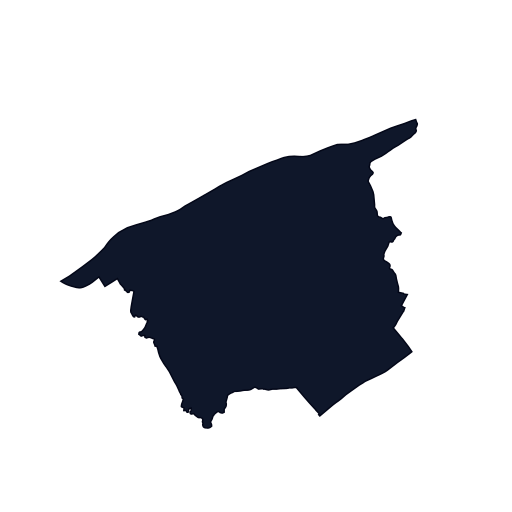 outline of Cau Ke, Trà Vinh, Vietnam, rotated 108°
{"feature_id": "81297802B65507223487475", "entity_name": "Cau Ke", "entity_type": "district", "adm_level": 2, "iso_a3": "VNM", "parent_name": "Vietnam", "parent_adm1": "Trà Vinh", "projection": "mercator", "projection_center": [106.099, 9.855], "detail": "fine", "context": "isolated", "style": "filled", "palette": "ink", "viewbox_px": 512, "rotation_deg": 108, "n_neighbors": 0, "source": "geoboundaries", "source_scale": "gbopen_adm2", "svg_char_len": 6076}
<svg xmlns="http://www.w3.org/2000/svg" viewBox="0 0 512 512"><g transform="rotate(108 256 256)"><path d="M342.5,114.3L341.4,113.4L336.8,108.4L334.2,105.7L328.5,99.7L326.0,97.3L323.8,95.6L313.7,88.7L306.5,83.4L298.9,78.2L295.1,83.1L289.6,91.1L288.9,92.4L287.0,95.3L281.9,103.4L281.1,102.9L279.3,102.3L277.8,101.9L274.3,101.4L263.5,98.8L262.9,98.5L259.2,98.5L259.3,99.4L258.3,102.4L245.9,100.2L246.5,103.2L246.5,103.5L246.0,104.2L246.5,109.4L245.5,109.6L242.8,110.4L241.2,111.1L238.0,113.2L234.4,115.4L231.5,116.9L230.3,117.8L229.3,119.4L227.2,121.9L226.9,122.6L226.8,124.9L226.6,125.1L226.1,125.4L224.4,125.4L223.7,125.6L223.1,125.9L222.5,126.5L222.0,127.5L221.3,129.7L220.8,132.3L220.3,133.3L219.8,133.7L219.3,134.1L218.1,134.2L217.2,134.2L216.4,134.3L215.0,135.0L212.9,135.0L211.4,134.9L207.3,134.0L205.9,133.7L202.1,133.7L201.6,133.6L201.1,133.2L200.9,133.0L200.9,132.0L200.7,131.0L200.4,130.6L199.8,130.2L198.0,130.0L197.4,129.7L196.7,129.4L195.1,129.2L194.0,128.8L193.0,128.1L192.3,127.4L191.3,125.3L190.8,125.1L190.5,125.1L189.1,125.0L188.9,125.7L188.2,126.9L185.6,132.2L184.4,134.0L182.9,135.8L180.1,137.9L177.9,139.2L177.3,139.7L177.2,140.1L177.3,140.9L177.8,141.9L178.7,143.0L179.8,145.3L181.0,146.3L181.3,147.1L181.2,147.6L180.7,149.6L180.9,150.7L180.7,152.1L180.2,152.8L179.5,153.3L177.6,154.1L176.3,154.7L175.5,155.4L173.5,157.9L172.7,158.4L170.5,159.1L161.4,163.0L158.6,164.7L153.9,168.8L151.0,171.8L150.2,172.5L149.3,172.6L147.1,172.6L145.9,172.4L144.0,171.7L142.2,170.5L140.8,170.3L140.4,170.5L139.8,171.3L138.8,173.5L137.6,174.9L136.6,175.7L135.9,176.0L134.3,176.0L132.5,176.4L130.7,175.9L127.2,172.9L122.3,167.6L118.3,164.3L116.0,162.7L113.9,161.0L111.2,159.1L108.6,156.8L106.9,155.2L100.3,150.0L97.6,147.8L96.8,146.9L95.2,145.6L91.8,144.0L89.4,142.5L88.8,142.4L87.5,142.2L86.9,142.5L86.0,143.2L85.5,143.5L85.0,143.5L83.8,143.5L82.6,143.2L80.8,143.3L80.1,143.6L79.2,144.6L76.9,146.3L79.4,149.9L84.2,155.8L88.8,162.1L92.9,167.5L103.0,178.8L108.3,184.7L111.9,189.2L113.4,190.9L118.0,197.1L121.3,202.8L123.3,209.0L124.9,213.2L127.8,217.1L131.0,221.2L136.2,227.4L143.6,235.4L145.3,238.3L147.0,242.0L148.2,246.2L149.3,250.5L150.7,254.1L151.1,255.2L153.7,259.8L155.4,262.1L158.3,265.6L161.4,269.8L164.3,273.3L177.7,288.6L183.7,294.3L189.2,300.2L195.1,306.6L200.7,312.0L206.5,317.0L221.8,330.9L230.5,339.0L235.0,342.4L237.0,344.3L239.0,346.4L243.7,352.2L248.4,359.4L252.2,364.2L254.4,366.6L259.5,373.8L263.3,379.4L268.9,387.1L276.2,393.9L281.6,397.2L285.1,399.1L288.1,400.4L290.6,401.3L294.9,402.6L299.5,404.9L306.2,408.5L310.2,411.0L319.7,417.6L332.8,427.2L340.3,433.8L340.9,431.5L341.4,428.6L341.6,426.7L341.7,422.7L341.4,417.1L340.9,414.4L340.3,412.8L339.1,410.9L337.1,408.6L334.3,405.8L331.8,403.8L324.4,398.9L331.6,390.3L325.2,384.9L320.3,380.9L323.0,377.9L324.5,376.4L325.6,374.3L325.9,373.9L326.9,372.2L328.4,370.1L328.9,370.5L329.0,370.3L329.0,369.6L329.1,369.2L329.5,368.5L329.7,367.7L330.3,367.1L330.1,366.3L329.9,365.9L329.4,365.4L329.0,365.3L327.8,365.5L327.5,365.4L327.4,365.2L327.2,363.6L327.0,362.4L327.3,361.1L336.4,359.9L342.8,359.0L346.5,358.3L348.0,357.7L348.8,356.8L350.8,354.8L351.5,353.8L351.6,353.3L351.6,353.0L351.5,352.7L351.3,352.5L350.1,352.6L349.5,352.3L349.5,351.8L349.7,351.2L350.4,349.6L350.4,348.9L350.2,348.3L349.9,347.7L348.9,346.7L348.8,346.1L349.0,345.2L348.9,343.9L350.4,342.1L350.7,341.4L350.6,340.8L349.9,340.4L349.7,340.1L350.3,339.6L350.8,338.8L351.1,338.8L351.8,339.2L352.2,339.0L352.4,338.6L353.3,339.0L353.6,339.1L357.6,339.4L358.7,339.6L360.8,340.3L362.5,341.0L363.0,341.3L363.8,342.1L364.3,343.1L364.7,343.4L365.3,343.5L366.7,343.2L366.8,342.5L367.6,340.8L367.6,340.3L367.5,340.1L367.0,339.6L366.7,339.2L366.0,337.6L366.0,337.2L366.3,336.8L367.0,336.8L367.4,336.7L367.7,336.1L367.8,335.0L367.8,334.7L367.3,334.2L366.5,332.9L366.2,332.0L366.2,330.4L366.4,328.3L366.3,327.1L366.5,326.9L367.1,326.6L369.3,326.7L370.0,326.4L371.8,324.8L372.9,324.1L372.5,322.4L374.9,320.6L377.9,318.8L381.2,316.4L382.8,314.9L386.7,310.5L389.0,307.5L389.1,307.2L392.8,302.6L400.8,294.6L402.5,292.6L403.7,291.3L407.5,287.8L408.5,287.0L410.1,285.3L410.5,284.9L411.0,284.7L411.4,283.9L411.8,283.4L412.3,283.0L413.8,282.4L414.0,282.2L414.3,280.9L417.0,280.8L419.9,280.9L421.2,280.7L422.0,280.6L422.3,280.4L422.5,280.0L422.7,277.5L422.8,277.4L425.3,276.9L424.6,274.7L425.8,273.5L425.9,273.1L425.6,272.4L425.0,272.0L424.6,272.1L423.6,272.5L422.9,272.6L422.5,272.6L422.2,272.4L421.3,271.7L420.7,270.6L421.7,270.3L423.1,269.9L423.6,269.9L424.4,270.3L424.8,270.3L425.2,270.3L425.7,270.1L426.2,269.6L426.3,269.0L426.2,268.4L425.4,267.1L425.3,266.8L425.5,265.8L426.2,264.8L426.8,263.1L427.4,261.3L427.4,260.5L427.3,260.0L427.0,259.5L426.8,258.7L426.8,258.1L426.9,257.4L427.1,257.0L427.7,256.2L428.1,256.0L429.3,255.8L429.8,255.8L430.3,255.7L431.5,254.7L432.8,254.6L433.4,254.3L434.6,253.4L434.9,252.8L435.1,252.1L435.1,251.2L434.7,249.6L434.6,248.9L434.1,247.8L433.3,246.8L432.5,246.2L431.5,245.6L431.0,245.8L429.9,246.3L428.2,247.8L427.2,247.9L424.6,247.4L423.9,247.4L421.4,247.5L420.8,247.0L419.9,247.0L418.3,246.1L416.4,244.9L415.9,244.4L415.5,243.6L415.5,243.0L415.6,242.6L416.0,241.7L415.9,240.2L415.8,239.6L415.6,239.2L414.4,238.0L412.0,238.8L411.5,238.9L408.9,238.2L408.0,238.1L407.3,238.2L405.9,238.5L404.6,239.3L404.0,239.5L399.5,239.7L398.6,239.8L397.4,240.0L396.0,239.1L394.2,237.6L393.1,236.2L391.5,234.8L391.2,234.1L390.6,232.4L389.9,230.8L389.2,229.2L387.9,226.9L387.2,225.4L386.4,223.1L385.9,221.9L385.3,220.8L384.5,219.7L381.4,217.0L381.1,216.6L381.1,216.3L381.1,215.1L381.3,214.2L381.8,212.6L381.7,212.2L381.0,210.8L380.8,210.2L380.2,209.0L380.2,208.4L380.3,207.7L380.2,207.3L380.0,206.9L379.9,206.4L379.8,204.7L379.6,202.8L379.3,202.2L377.5,199.2L376.2,195.2L374.8,192.2L372.6,186.3L371.6,184.3L371.1,183.5L370.3,180.9L369.2,178.9L368.5,176.6L369.0,176.4L375.1,166.6L379.0,160.1L382.7,153.6L383.7,151.8L384.1,151.4L385.6,148.6L386.6,147.0L387.5,147.4L388.4,145.9L373.9,136.9L370.0,134.2L369.2,133.5L365.3,130.8L360.1,127.7L356.0,124.7L346.8,117.9L343.6,115.1L342.5,114.3Z" fill="#0f172a" stroke="#020617" stroke-width="1.5"/></g></svg>